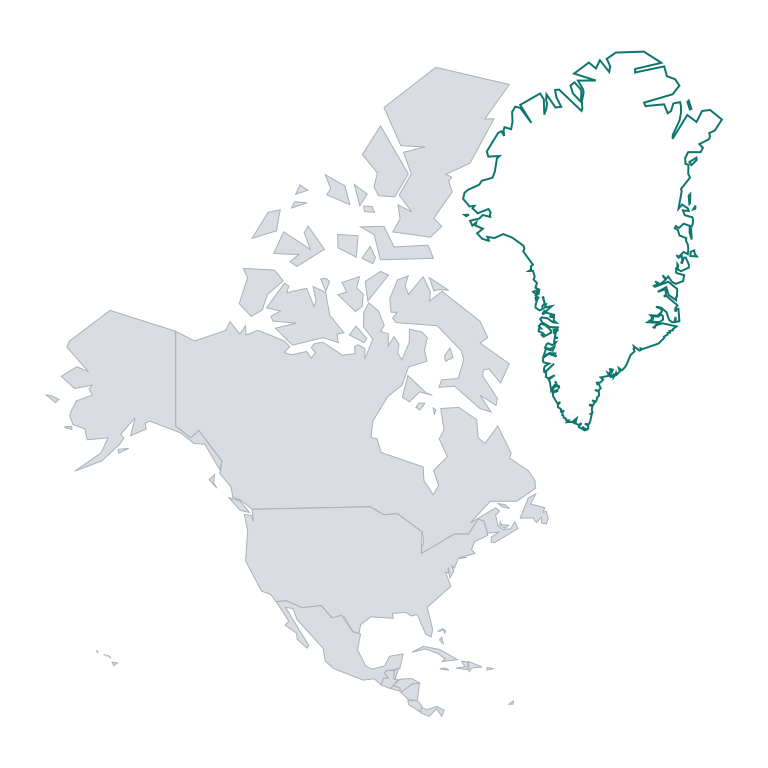 where Greenland sits in North America
{"feature_id": "GRL", "entity_name": "Greenland", "entity_type": "country or territory", "adm_level": 0, "iso_a3": "GRL", "parent_name": "North America", "parent_adm1": "", "projection": "mercator", "projection_center": [-41.68, 71.708], "detail": "fine", "context": "in_parent", "style": "outline", "palette": "teal", "viewbox_px": 768, "rotation_deg": 0, "n_neighbors": 17, "source": "natural_earth", "source_scale": "50m", "svg_char_len": 14301}
<svg xmlns="http://www.w3.org/2000/svg" viewBox="0 0 768 768"><path d="M252.2,509.3L240.5,500.0L232.8,497.3L231.1,487.1L219.8,473.3L222.0,461.3L198.9,430.6L190.6,437.9L175.7,426.2L175.7,331.3L194.6,341.0L225.8,330.4L229.9,321.7L239.9,334.1L245.5,325.8L246.1,335.0L258.0,330.2L284.2,340.9L289.9,346.7L284.0,352.4L291.6,354.8L306.6,351.5L311.1,358.1L315.6,352.5L311.3,347.7L314.1,343.8L322.6,342.1L342.4,355.2L355.1,353.7L354.6,346.7L358.3,344.7L364.9,348.6L364.8,359.1L372.8,339.0L363.4,326.6L363.7,312.6L368.7,302.9L378.5,310.9L384.2,325.4L380.5,331.4L388.3,333.8L388.3,345.9L394.0,336.7L399.0,344.3L397.7,352.7L401.8,360.1L409.3,342.3L409.5,329.2L421.8,331.9L427.4,337.9L424.5,349.8L427.0,361.1L408.5,367.0L401.9,385.3L387.7,396.6L372.8,421.1L370.9,437.5L377.1,438.9L381.0,452.4L423.2,467.0L423.9,480.5L433.2,494.8L438.7,485.5L433.5,470.5L447.4,456.6L439.1,438.7L444.0,430.0L440.8,408.5L458.8,407.4L476.7,419.7L478.0,437.5L484.9,443.5L497.8,426.0L511.2,453.3L509.6,458.1L528.4,470.8L535.0,480.6L535.3,488.4L517.0,501.2L490.2,501.3L470.3,523.0L495.8,507.8L499.5,510.9L495.6,515.2L498.3,526.6L503.8,529.6L510.7,528.7L514.9,521.8L518.0,528.5L494.5,542.6L491.3,542.2L491.2,537.2L498.5,532.3L487.0,533.2L484.3,521.5L478.2,519.1L468.6,534.0L454.5,534.0L422.5,553.3L419.6,551.6L423.8,542.4L422.1,531.9L397.5,513.7L383.7,514.8L370.3,506.8L252.2,509.3ZM416.0,407.3L419.1,403.1L424.9,403.2L419.9,410.0L416.0,407.3ZM433.8,290.6L429.3,277.6L448.6,290.3L439.6,289.6L433.8,290.6ZM434.3,414.7L433.1,407.9L435.9,410.0L434.3,414.7ZM375.4,257.5L373.1,263.7L361.9,258.3L370.2,246.4L375.4,257.5ZM374.5,212.3L364.6,211.6L363.5,206.1L372.0,206.4L374.5,212.3ZM354.3,184.4L367.2,194.1L359.8,205.8L354.3,184.4ZM433.5,258.4L380.4,259.8L374.2,234.7L360.6,226.9L383.9,226.4L394.1,247.0L428.1,245.2L433.5,258.4ZM294.8,201.7L307.0,202.8L291.4,208.1L294.8,201.7ZM300.0,184.9L307.8,190.2L295.6,194.3L300.0,184.9ZM535.7,494.0L530.6,504.0L544.6,507.7L543.3,512.4L546.3,511.3L548.1,518.6L546.4,524.0L541.7,523.1L541.4,517.2L536.5,522.6L532.9,518.0L520.2,518.1L528.3,498.0L535.7,494.0ZM408.0,375.6L426.3,393.0L432.4,395.4L419.7,391.8L409.5,401.8L402.4,397.2L408.0,375.6ZM429.7,301.0L442.0,291.4L480.1,321.2L487.8,337.6L480.0,343.0L509.3,363.8L500.6,383.0L488.8,368.8L483.3,370.1L482.8,376.1L497.4,398.6L496.0,405.3L480.1,395.3L491.1,412.0L479.7,408.4L454.6,386.2L438.9,387.3L441.7,379.9L458.3,378.5L463.8,359.2L461.0,350.5L437.2,325.7L396.2,322.6L392.7,318.2L397.1,312.3L391.1,312.2L389.8,298.6L397.4,279.9L408.3,275.9L405.1,285.5L408.5,294.4L423.1,276.7L430.3,291.8L429.7,301.0ZM365.3,281.4L380.5,271.4L388.5,275.1L367.8,301.0L365.3,281.4ZM252.1,238.3L268.0,212.4L280.2,209.8L276.4,230.9L252.1,238.3ZM209.1,479.6L214.6,474.5L213.4,482.6L217.0,488.2L209.1,479.6ZM325.3,174.8L345.0,186.0L349.9,204.6L326.7,194.9L330.7,188.6L325.3,174.8ZM249.4,512.4L240.3,510.4L228.9,497.7L239.9,500.8L249.4,512.4ZM243.4,268.4L274.5,270.1L283.1,280.8L267.5,294.6L262.2,310.1L251.1,316.4L239.2,303.6L247.6,277.8L243.4,268.4ZM308.1,226.1L324.4,249.2L297.0,266.5L290.0,261.7L298.8,254.5L273.8,253.5L283.6,231.8L310.3,249.3L304.2,232.7L308.1,226.1ZM313.1,286.5L325.7,292.5L329.7,315.2L343.9,332.8L337.0,333.8L338.3,342.7L323.4,337.6L292.4,345.2L275.4,328.2L296.2,323.2L273.0,321.0L270.8,316.3L280.6,311.1L266.7,307.8L284.5,283.2L288.8,286.0L286.7,292.7L306.7,288.3L314.0,306.5L316.1,300.9L313.1,286.5ZM346.6,292.0L342.0,282.5L359.5,276.6L356.7,287.9L363.1,294.0L362.3,306.4L355.4,311.5L338.0,294.7L346.6,292.0ZM320.7,279.0L326.3,278.4L329.5,281.6L325.8,291.2L320.7,279.0ZM337.7,234.4L358.0,235.8L356.3,257.2L337.9,247.8L337.7,234.4ZM362.4,154.6L380.5,125.8L408.3,174.0L394.7,196.9L378.5,195.7L374.0,187.0L377.4,173.0L362.4,154.6ZM384.0,107.5L435.7,67.4L509.3,84.5L484.8,119.0L494.0,118.8L470.0,163.2L445.9,174.3L451.7,177.2L448.7,181.2L452.2,191.8L433.8,218.3L441.7,226.4L430.4,237.2L392.8,231.9L400.1,218.9L398.0,204.8L411.8,211.9L399.2,195.1L411.3,173.8L403.6,152.3L425.0,146.9L400.8,145.6L384.0,107.5ZM453.0,357.5L445.5,361.2L444.5,355.9L450.1,348.0L453.0,357.5ZM356.0,326.0L366.8,338.5L364.2,342.6L349.4,335.0L356.0,326.0ZM498.1,503.6L505.1,504.7L509.5,508.6L502.0,506.7L498.1,503.6ZM500.2,521.7L501.7,524.7L508.7,525.3L505.0,528.2L499.7,525.6L500.2,521.7Z" fill="#d9dde1" stroke="#a8b0b8" stroke-width="1"/><path d="M252.2,509.3L370.3,506.8L383.7,514.8L397.5,513.7L422.1,531.9L421.5,553.3L454.5,534.0L468.6,534.0L478.2,519.1L484.3,521.5L487.8,535.2L474.5,541.8L471.5,549.6L475.1,553.5L459.3,557.5L466.8,557.5L458.3,558.5L454.3,568.4L451.7,565.4L453.7,571.3L449.9,577.7L448.2,567.3L448.3,573.0L445.5,572.2L450.8,586.4L427.2,607.2L432.6,629.2L431.2,637.1L425.6,634.0L417.2,614.5L411.3,616.0L405.8,612.3L392.4,613.5L393.2,618.3L370.9,616.8L360.6,624.7L358.9,634.1L352.6,631.6L344.5,617.2L331.9,617.8L321.1,605.6L302.0,607.7L286.4,600.8L276.3,601.7L270.4,594.2L261.6,591.2L245.6,560.9L247.7,530.9L244.4,514.5L251.0,515.4L253.3,521.3L252.2,509.3ZM175.7,331.3L175.7,426.2L190.6,437.9L198.9,430.6L222.0,461.3L219.8,469.6L204.8,444.2L194.1,443.5L180.4,432.7L149.9,421.2L145.2,423.1L146.1,429.0L130.5,435.8L135.1,417.8L120.8,434.2L123.8,438.2L119.9,444.0L102.1,460.7L74.7,471.2L101.1,452.9L108.0,437.8L87.2,439.8L84.9,428.9L73.0,424.5L69.7,415.9L71.4,410.7L76.3,400.9L92.3,395.1L89.1,388.9L92.3,385.1L74.6,388.5L61.3,376.3L76.7,366.8L88.5,371.7L67.0,347.2L69.4,341.1L110.0,310.4L175.7,331.3ZM46.1,394.9L51.3,395.7L58.9,399.5L55.4,402.5L46.1,394.9ZM112.1,662.2L117.4,663.0L113.7,665.7L112.1,662.2ZM109.8,656.3L110.7,658.3L109.4,656.7L109.8,656.3ZM107.1,655.3L109.1,656.0L106.8,655.9L107.1,655.3ZM103.4,654.9L105.4,654.9L105.2,655.1L103.4,654.9ZM97.2,650.7L97.8,652.3L96.4,651.5L97.2,650.7ZM64.1,427.0L71.6,426.3L72.0,429.6L64.1,427.0ZM118.0,449.4L128.7,448.4L118.7,453.1L118.0,449.4Z" fill="#d9dde1" stroke="#a8b0b8" stroke-width="1"/><path d="M467.8,662.1L467.8,669.6L456.2,668.2L465.1,666.8L461.5,661.2L467.8,662.1Z" fill="#d9dde1" stroke="#a8b0b8" stroke-width="1"/><path d="M469.1,671.5L468.3,661.4L482.1,667.0L472.2,667.9L469.1,671.5Z" fill="#d9dde1" stroke="#a8b0b8" stroke-width="1"/><path d="M437.4,631.4L441.9,629.4L442.0,630.6L437.4,631.4ZM442.1,628.4L445.5,630.6L444.7,633.9L444.0,630.9L442.1,628.4ZM439.5,640.0L441.7,637.2L443.2,643.8L439.5,640.0Z" fill="#d9dde1" stroke="#a8b0b8" stroke-width="1"/><path d="M276.3,601.7L286.4,600.8L302.0,607.7L321.1,605.6L331.9,617.8L341.5,615.3L352.6,631.6L360.6,634.0L357.5,649.8L365.8,666.1L372.0,669.1L384.7,665.9L389.5,656.3L403.1,653.9L399.8,668.6L386.4,670.6L384.5,673.1L388.7,678.3L383.3,678.3L381.3,685.0L374.3,678.8L363.0,680.1L333.7,668.5L325.3,661.1L323.1,648.3L296.9,619.3L293.1,608.5L285.5,607.4L308.8,645.6L307.0,648.1L297.1,639.2L296.6,633.3L285.0,625.2L288.8,621.2L276.3,601.7Z" fill="#d9dde1" stroke="#a8b0b8" stroke-width="1"/><path d="M444.0,710.2L441.7,716.4L436.5,708.8L429.1,716.4L420.8,712.8L420.4,706.8L426.7,709.7L436.9,706.5L444.0,710.2Z" fill="#d9dde1" stroke="#a8b0b8" stroke-width="1"/><path d="M422.1,706.4L420.3,712.1L408.9,704.8L407.8,700.7L417.4,700.5L422.1,706.4Z" fill="#d9dde1" stroke="#a8b0b8" stroke-width="1"/><path d="M417.4,700.5L408.7,699.9L400.5,692.0L412.1,683.9L419.5,683.0L417.4,700.5Z" fill="#d9dde1" stroke="#a8b0b8" stroke-width="1"/><path d="M419.5,683.0L412.1,683.9L402.0,691.7L393.4,685.5L399.5,679.2L411.8,678.6L419.5,683.0Z" fill="#d9dde1" stroke="#a8b0b8" stroke-width="1"/><path d="M393.4,685.5L400.3,688.2L399.5,691.0L390.3,688.5L393.4,685.5Z" fill="#d9dde1" stroke="#a8b0b8" stroke-width="1"/><path d="M381.3,685.0L383.3,678.3L388.7,678.3L384.5,673.1L386.4,670.6L394.3,670.6L393.9,679.1L398.1,679.8L393.4,685.5L390.3,688.5L381.3,685.0Z" fill="#d9dde1" stroke="#a8b0b8" stroke-width="1"/><path d="M394.3,670.6L398.6,668.2L395.2,679.1L393.9,679.1L394.3,670.6Z" fill="#d9dde1" stroke="#a8b0b8" stroke-width="1"/><path d="M487.2,667.4L493.6,668.7L486.8,670.0L487.2,667.4Z" fill="#d9dde1" stroke="#a8b0b8" stroke-width="1"/><path d="M439.8,668.8L445.9,668.0L448.8,670.3L439.8,668.8Z" fill="#d9dde1" stroke="#a8b0b8" stroke-width="1"/><path d="M423.3,646.4L439.8,649.5L457.4,659.6L442.3,661.5L445.1,659.0L438.2,653.6L425.2,648.9L411.8,652.3L423.3,646.4Z" fill="#d9dde1" stroke="#a8b0b8" stroke-width="1"/><path d="M508.9,704.2L513.4,700.9L513.2,704.1L508.9,704.2Z" fill="#d9dde1" stroke="#a8b0b8" stroke-width="1"/><path d="M643.8,51.6L661.3,62.8L635.2,69.0L635.0,72.5L664.2,66.4L666.9,76.2L675.1,79.2L679.4,85.6L672.6,94.3L644.1,102.6L645.5,106.1L664.1,104.3L667.7,113.2L671.0,111.1L673.4,103.4L680.1,102.2L681.0,106.3L680.9,113.4L679.4,120.8L672.8,134.8L672.6,138.8L687.3,115.0L696.5,121.9L702.1,111.0L710.0,109.9L721.9,119.6L714.8,130.5L709.2,133.1L710.1,136.3L708.9,139.2L699.4,144.1L702.9,147.8L700.6,152.2L688.2,152.1L685.1,158.2L685.5,163.9L688.5,164.8L688.2,173.8L690.0,177.6L681.0,189.0L681.7,191.2L678.5,208.6L682.1,204.5L687.9,208.4L688.7,211.0L682.9,210.4L684.8,215.2L692.3,217.3L693.0,219.7L692.8,223.7L691.6,226.6L683.7,223.7L679.0,228.0L675.9,226.1L674.8,228.1L677.9,230.1L679.5,235.5L686.3,238.2L685.9,240.4L687.8,244.5L688.3,249.0L687.8,254.2L683.7,252.0L678.8,256.8L676.4,255.2L678.6,257.7L681.6,255.9L682.4,260.3L681.4,262.7L682.1,263.0L684.0,257.6L685.8,257.6L688.8,264.4L688.8,267.6L681.0,271.2L677.5,269.2L678.3,265.4L677.4,264.1L677.5,266.9L675.9,268.5L676.5,269.8L675.9,272.0L676.8,273.1L684.2,275.2L683.1,281.0L675.9,283.9L672.1,282.0L668.2,276.5L666.1,278.9L662.5,275.2L665.6,279.9L660.2,284.1L655.1,281.4L658.2,284.2L653.9,285.8L654.8,286.8L668.3,281.8L677.2,289.0L677.0,296.3L676.2,297.1L676.1,300.2L668.6,294.9L666.3,287.2L657.7,291.8L665.5,289.2L666.0,294.8L663.8,296.4L666.5,296.0L677.5,305.3L675.2,308.5L675.3,310.1L675.6,311.9L676.1,309.4L678.4,308.8L679.4,321.2L675.7,322.0L675.5,316.9L674.4,322.3L671.7,322.1L669.0,319.6L666.5,312.2L661.0,307.6L655.9,306.8L661.1,308.8L661.9,311.6L657.4,315.7L650.4,315.2L652.1,317.2L651.4,319.5L647.5,322.2L658.3,322.8L653.6,327.4L654.6,327.8L656.1,325.2L662.5,323.3L676.5,326.4L672.8,329.2L672.9,330.3L669.5,331.0L670.0,332.7L667.7,332.8L667.7,334.5L663.9,336.7L664.3,337.8L658.4,343.6L642.8,349.0L640.6,348.4L641.0,349.9L639.5,350.6L633.8,346.3L634.4,348.4L633.6,348.9L634.5,351.4L630.5,355.1L626.3,365.2L624.1,368.3L621.7,370.3L618.9,368.2L619.9,371.4L616.7,374.6L616.1,372.8L615.5,375.0L613.8,374.2L610.9,377.1L609.9,375.9L612.9,369.7L609.2,368.8L610.9,370.1L609.3,373.9L607.7,372.8L609.0,375.8L600.7,377.4L603.2,379.6L600.4,382.5L596.9,382.7L597.4,384.3L598.7,383.9L600.7,388.2L598.2,390.7L594.8,389.9L598.8,391.6L599.1,395.5L597.0,397.5L596.8,399.7L595.6,401.7L592.3,400.3L594.6,402.5L593.4,404.7L589.1,404.9L592.4,406.3L591.7,410.0L592.6,412.7L590.6,413.9L591.7,414.3L590.0,422.3L588.6,424.4L584.9,423.7L587.9,425.5L588.3,428.3L587.5,429.4L584.8,428.6L586.0,430.0L585.0,430.4L582.8,429.5L583.6,426.5L582.0,428.7L578.8,427.1L578.8,425.6L580.5,424.9L581.4,423.1L578.8,425.0L576.0,423.6L575.6,422.2L576.7,418.3L572.5,421.8L567.0,422.2L568.7,420.3L566.1,420.2L565.9,418.6L563.8,417.8L563.3,415.7L562.3,415.1L562.7,414.2L561.9,412.4L564.2,410.7L560.9,411.4L561.2,409.3L557.9,407.1L558.0,404.8L560.2,401.9L557.6,403.9L553.1,396.2L552.8,392.8L558.2,390.8L557.2,390.8L557.4,389.8L552.8,391.9L552.1,390.8L554.1,387.4L556.4,386.2L557.8,386.2L559.3,388.5L558.8,386.0L557.1,385.4L555.2,381.0L556.3,385.0L554.1,386.7L554.5,385.2L554.0,385.4L551.2,390.7L549.8,381.5L548.6,379.7L554.7,375.2L548.5,378.4L545.8,377.0L546.2,373.1L545.0,372.4L554.1,363.6L546.5,370.8L544.1,371.3L544.0,368.5L544.9,366.1L549.2,363.6L543.7,362.4L542.9,360.8L543.3,357.7L548.7,353.9L556.7,356.5L554.4,354.7L555.2,353.4L549.4,353.1L543.5,356.3L546.0,348.9L552.6,350.7L554.4,346.9L550.0,348.8L545.0,347.9L546.5,344.3L548.3,343.2L552.4,345.2L554.5,344.4L555.9,342.2L554.0,342.8L554.7,338.3L558.0,337.8L554.8,337.3L555.9,331.8L557.8,330.2L557.2,328.5L557.9,327.4L549.8,327.0L542.4,322.5L540.2,319.0L541.7,317.4L547.5,318.3L552.9,322.3L556.4,322.8L553.7,320.4L554.0,317.0L551.8,315.0L555.0,315.1L546.6,312.8L546.2,311.0L551.8,306.1L544.8,307.5L546.0,304.4L545.2,304.7L543.2,297.8L543.9,296.8L542.7,297.4L544.7,303.3L542.3,306.4L542.6,309.1L539.5,310.3L535.7,307.8L535.4,306.0L536.9,300.3L538.9,296.9L535.8,299.4L535.5,297.7L537.0,296.9L535.7,295.5L538.5,293.9L539.3,289.6L535.4,287.7L537.0,283.0L533.6,279.6L534.7,276.6L533.0,270.9L528.8,271.0L531.0,269.6L531.0,266.3L532.9,264.7L523.2,251.3L524.5,248.8L523.4,245.7L512.1,237.5L503.3,234.1L494.5,238.0L487.3,236.9L489.0,240.7L488.4,240.8L482.1,238.7L477.1,233.3L482.9,228.7L475.4,225.5L476.3,222.4L472.4,225.6L470.1,220.8L479.3,218.5L482.8,215.0L490.2,216.9L489.9,214.8L490.7,212.4L488.4,209.0L477.7,213.3L472.6,208.4L474.5,205.9L469.6,206.5L463.1,198.8L464.5,192.8L468.0,189.8L479.2,184.7L481.8,180.8L492.6,177.7L494.8,171.7L496.9,158.4L499.5,156.0L488.3,156.6L486.8,151.5L498.1,132.9L501.4,131.3L504.2,135.9L503.5,130.6L504.5,127.2L511.1,129.2L512.5,122.0L512.1,111.9L515.3,106.7L520.2,107.8L531.4,122.9L520.2,104.9L540.1,93.5L543.8,99.3L544.3,114.6L546.5,108.2L547.0,103.1L546.2,100.7L546.5,94.4L555.5,107.5L561.2,106.8L556.3,97.0L555.1,90.0L559.1,89.6L581.5,110.9L582.3,108.8L581.9,101.1L583.6,92.9L583.2,89.6L578.0,80.6L595.7,80.5L574.1,73.6L588.8,62.6L596.0,68.5L599.9,60.2L609.2,72.0L610.2,66.3L606.7,58.8L615.8,52.6L643.8,51.6ZM545.4,325.2L550.7,330.1L551.3,332.6L543.5,336.7L541.7,335.0L543.9,334.2L543.2,333.3L538.6,331.2L539.1,328.3L541.1,328.4L538.9,326.1L540.9,323.8L545.4,325.2ZM662.9,316.1L663.0,319.6L659.6,322.1L651.9,321.7L653.7,316.2L657.9,316.7L661.2,314.5L662.9,316.1ZM580.9,101.8L573.0,93.5L570.5,85.5L574.5,82.4L580.7,89.3L581.4,91.8L580.9,101.8ZM696.7,159.9L691.4,165.1L689.4,162.0L696.4,157.7L696.7,159.9ZM694.2,250.4L694.7,253.8L696.8,256.5L690.4,256.0L690.6,251.9L694.2,250.4ZM691.7,239.6L689.6,232.7L689.7,227.9L691.1,228.9L691.7,239.6ZM538.1,290.8L535.8,294.0L533.1,291.8L537.3,290.1L538.1,290.8ZM691.4,108.9L689.9,109.5L687.4,101.9L688.7,100.6L691.4,108.9ZM555.0,333.2L554.1,333.2L553.6,329.5L556.4,329.6L555.0,333.2ZM690.0,203.3L689.4,204.0L688.7,195.7L690.3,194.0L690.0,203.3ZM468.9,214.7L466.4,216.2L464.5,214.9L468.9,214.7ZM544.8,313.1L542.9,314.0L542.6,313.4L544.2,311.2L544.8,313.1ZM695.3,208.6L693.3,209.4L695.5,205.6L695.3,208.6ZM575.3,420.7L574.5,423.2L572.8,422.2L575.3,420.7ZM552.2,317.0L550.4,316.8L550.2,316.3L551.0,315.4L552.2,317.0ZM614.3,376.3L613.3,377.7L613.2,376.0L614.3,376.3Z" fill="none" stroke="#0f766e" stroke-width="2"/></svg>